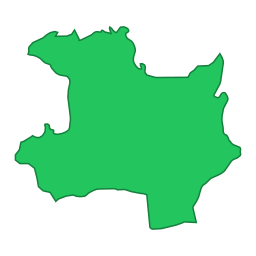 outline of Gaoual
{"feature_id": "GIN-5639", "entity_name": "Gaoual", "entity_type": "Prefecture", "adm_level": 1, "iso_a3": "GIN", "parent_name": "Guinea", "parent_adm1": "", "projection": "mercator", "projection_center": [-13.344, 11.72], "detail": "fine", "context": "isolated", "style": "filled", "palette": "green", "viewbox_px": 256, "rotation_deg": 0, "n_neighbors": 0, "source": "natural_earth", "source_scale": "10m", "svg_char_len": 2856}
<svg xmlns="http://www.w3.org/2000/svg" viewBox="0 0 256 256"><path d="M55.5,36.3L66.8,36.1L71.7,34.3L74.5,30.0L79.0,38.9L79.2,40.4L81.2,39.9L91.5,34.9L94.0,32.7L95.3,32.0L96.8,31.7L100.9,32.1L101.6,30.5L102.6,30.3L104.7,31.9L111.0,33.5L109.5,28.6L109.8,27.1L111.5,28.3L112.8,30.0L114.6,31.9L116.5,32.6L120.4,27.2L122.3,27.0L124.3,26.9L127.7,28.5L128.8,30.8L127.7,32.4L126.4,32.9L125.6,33.6L126.0,36.3L127.4,38.5L129.2,39.6L131.5,41.2L133.0,43.0L134.3,45.7L135.1,48.3L135.3,51.0L133.6,56.8L133.3,59.6L133.7,62.2L135.0,64.6L136.2,66.3L137.7,68.0L139.5,69.0L141.4,68.8L141.4,67.6L140.5,65.5L140.4,63.8L142.4,63.7L144.6,65.0L145.3,67.0L145.1,69.4L144.9,71.9L145.3,72.9L146.8,75.0L150.2,76.0L155.7,77.5L188.0,77.3L190.3,72.9L194.2,70.1L197.7,66.1L208.7,65.6L213.4,62.3L217.1,57.4L219.9,53.7L222.2,57.8L223.1,60.7L223.3,61.8L223.3,63.1L220.6,81.5L219.8,84.0L214.1,94.7L214.0,95.8L214.7,96.7L215.9,97.1L217.1,97.5L218.0,97.7L218.9,97.4L219.7,96.5L221.2,94.0L222.1,93.1L223.1,92.6L224.3,92.6L225.1,92.9L225.7,93.6L226.8,95.5L227.6,97.3L227.9,98.7L227.8,99.8L227.5,100.7L223.5,108.4L222.0,116.4L221.9,120.6L223.1,127.8L223.2,130.7L223.4,132.2L223.7,133.0L224.1,133.8L224.8,134.4L226.4,135.1L227.0,135.7L227.9,137.2L228.6,138.9L228.8,139.8L229.2,140.6L230.2,141.3L230.5,141.8L230.9,142.4L231.3,143.0L232.0,143.7L232.6,144.2L233.3,144.7L239.2,147.1L240.0,147.5L240.4,148.4L240.6,149.6L240.2,151.4L240.3,152.6L240.6,153.6L240.6,154.5L240.2,155.6L238.4,157.1L237.3,157.9L233.6,159.4L232.1,160.4L231.1,161.5L224.4,171.1L220.7,173.8L211.0,178.3L210.3,178.8L206.4,182.7L204.2,184.5L203.4,184.9L202.7,185.4L201.9,186.7L201.0,188.6L198.5,197.1L196.8,200.7L193.6,205.8L192.8,207.5L196.3,222.5L184.3,221.9L182.7,222.7L176.3,225.0L161.5,228.6L153.0,229.1L151.9,229.0L150.1,227.7L149.9,226.9L146.8,194.7L144.1,193.9L143.4,193.6L141.7,193.6L131.6,191.7L124.8,189.5L117.3,189.8L116.4,189.2L115.0,188.8L113.2,188.7L98.6,189.0L96.2,189.4L93.7,190.3L89.6,192.4L87.7,193.8L86.5,195.0L85.5,195.8L84.0,196.3L81.3,196.6L79.2,196.6L76.2,196.2L75.3,195.8L74.6,195.5L73.9,195.2L72.5,195.1L66.1,196.1L58.4,199.0L55.8,201.4L50.1,192.4L43.1,190.8L38.5,186.7L37.0,178.0L34.5,168.2L28.5,163.6L19.9,163.6L15.4,160.0L15.4,154.9L19.4,149.7L20.9,142.3L24.0,141.2L31.2,136.8L32.5,135.7L36.2,137.5L39.6,137.5L42.4,135.7L44.6,132.5L45.1,130.9L45.4,126.9L44.7,125.0L45.2,124.1L47.7,124.1L49.2,125.2L49.7,128.6L51.1,129.5L53.6,130.2L53.7,131.3L53.3,132.5L54.3,133.8L57.7,134.3L62.0,133.5L66.0,131.9L68.7,129.9L69.5,127.6L70.4,120.2L70.4,117.2L67.9,97.0L68.4,89.9L69.9,82.9L69.7,79.7L67.8,76.9L66.2,76.1L60.3,75.1L57.6,74.0L55.6,72.6L52.0,68.5L51.0,66.8L50.6,65.5L49.8,64.5L45.2,62.9L43.6,61.7L40.3,58.5L37.1,56.6L33.7,55.4L29.3,54.8L28.0,54.2L28.7,52.3L28.7,48.6L29.1,46.9L32.8,42.7L43.0,37.9L47.0,34.6L50.2,32.7L54.8,31.5L57.7,32.4L55.5,36.3Z" fill="#22c55e" stroke="#15803d" stroke-width="1.5"/></svg>